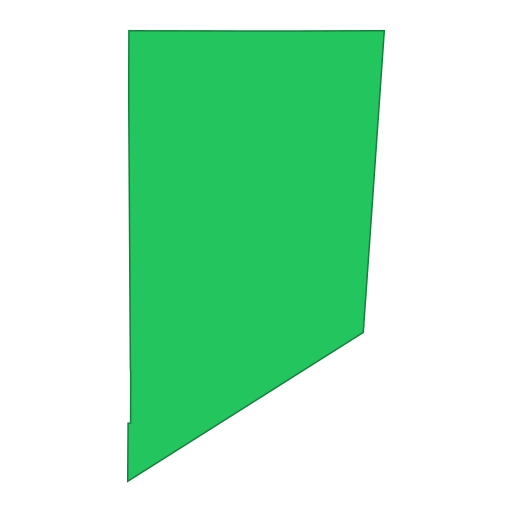 outline of Culberson, Texas, United States of America
{"feature_id": "52423323B13187380615958", "entity_name": "Culberson", "entity_type": "district", "adm_level": 2, "iso_a3": "USA", "parent_name": "United States of America", "parent_adm1": "Texas", "projection": "orthographic", "projection_center": [-104.545, 31.332], "detail": "fine", "context": "isolated", "style": "filled", "palette": "green", "viewbox_px": 512, "rotation_deg": 0, "n_neighbors": 0, "source": "geoboundaries", "source_scale": "gbopen_adm2", "svg_char_len": 352}
<svg xmlns="http://www.w3.org/2000/svg" viewBox="0 0 512 512"><path d="M363.3,332.4L363.6,327.3L363.9,325.7L363.9,322.9L370.1,235.0L384.3,30.7L297.1,31.0L239.4,31.0L208.2,30.9L207.4,30.9L149.0,30.8L128.9,30.7L128.7,93.8L130.4,367.9L130.7,373.0L130.6,423.2L128.1,423.2L127.7,481.3L363.3,332.4Z" fill="#22c55e" stroke="#15803d" stroke-width="1.5"/></svg>